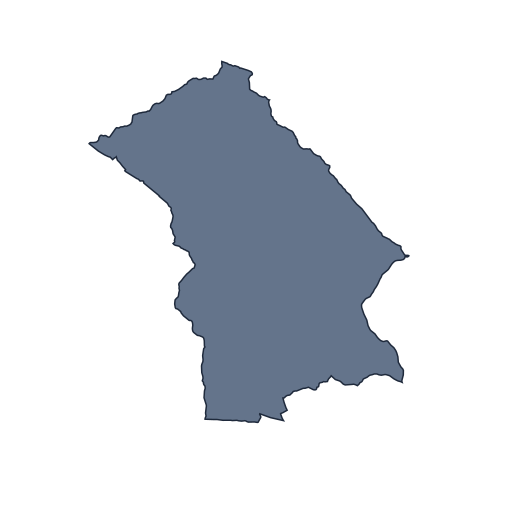 the district of Alunis, Prahova, Romania, rotated 238°
{"feature_id": "2599482B26143633311950", "entity_name": "Alunis", "entity_type": "district", "adm_level": 2, "iso_a3": "ROU", "parent_name": "Romania", "parent_adm1": "Prahova", "projection": "equal_earth", "projection_center": [25.857, 45.207], "detail": "fine", "context": "isolated", "style": "filled", "palette": "slate", "viewbox_px": 512, "rotation_deg": 238, "n_neighbors": 0, "source": "geoboundaries", "source_scale": "gbopen_adm2", "svg_char_len": 6123}
<svg xmlns="http://www.w3.org/2000/svg" viewBox="0 0 512 512"><g transform="rotate(238 256 256)"><path d="M417.4,347.8L423.6,342.6L423.8,341.7L425.4,341.5L428.6,338.9L429.0,337.5L429.8,336.8L431.5,335.9L432.2,335.0L433.5,334.0L434.3,334.0L439.1,330.1L437.3,328.9L435.3,328.1L434.2,327.3L433.5,324.8L431.0,321.4L430.5,319.8L430.3,318.0L430.7,316.1L430.6,315.7L428.9,313.2L430.8,310.5L431.5,308.5L431.9,308.2L433.4,307.8L434.6,306.0L434.8,305.0L434.9,303.1L435.8,301.3L436.4,300.6L438.3,299.8L439.2,297.8L439.8,297.1L440.0,296.5L440.0,291.6L439.6,290.1L438.5,288.4L439.1,286.3L438.6,283.7L438.3,278.6L438.7,274.2L439.8,271.7L438.8,270.8L438.4,269.8L438.6,268.8L439.8,266.9L439.9,265.2L437.7,262.2L436.7,259.1L436.6,255.0L436.9,254.2L438.2,252.5L438.6,250.9L438.5,249.6L438.4,248.5L437.7,247.0L436.0,244.2L435.5,242.0L436.2,241.3L436.4,239.2L438.1,235.5L438.2,234.8L439.1,232.9L439.5,231.3L439.4,230.6L440.3,228.3L440.5,226.6L440.2,225.8L435.3,221.8L434.8,220.6L434.3,219.9L434.2,218.1L434.6,215.2L435.8,213.4L436.1,211.7L437.2,209.6L437.2,207.6L438.7,205.7L438.5,204.6L434.5,195.1L434.8,194.2L435.3,193.6L437.7,192.4L438.3,191.6L438.6,190.4L440.4,188.8L440.6,188.3L440.4,187.1L440.1,186.5L439.4,185.4L437.7,183.9L437.2,181.8L437.2,180.9L438.3,178.4L439.9,175.8L440.0,174.9L439.7,174.0L428.5,177.9L422.0,181.2L418.6,183.4L417.0,184.8L413.7,185.5L414.2,188.0L413.9,189.1L414.2,190.1L410.7,189.2L407.2,190.0L402.8,190.4L398.4,191.2L397.8,189.9L396.6,190.2L384.9,195.9L383.4,197.0L381.0,197.4L380.1,199.2L379.2,200.1L378.9,200.2L377.3,199.5L358.2,205.9L357.9,205.5L347.7,208.8L344.3,208.6L342.6,209.4L341.3,209.4L339.8,208.0L338.4,207.9L336.9,207.4L335.1,207.3L334.1,206.9L333.3,206.5L330.0,203.4L329.0,202.2L328.7,201.4L326.7,199.4L325.3,198.8L324.1,199.1L321.9,198.8L318.8,197.5L314.9,197.5L312.2,194.9L311.7,194.9L311.0,194.5L310.8,194.0L310.6,192.3L309.3,192.5L307.9,193.2L305.2,195.9L304.2,196.4L303.0,196.5L302.4,196.8L301.0,197.8L299.6,198.4L298.5,199.4L297.3,199.8L296.5,200.6L294.6,201.3L292.6,200.2L291.5,199.9L288.1,200.0L286.4,199.6L285.3,199.7L283.6,199.4L282.9,199.9L281.2,199.9L280.7,199.6L278.6,197.2L278.9,195.5L277.8,190.6L277.4,187.7L276.1,183.5L274.7,179.9L273.8,176.6L273.3,175.9L272.5,175.3L270.8,174.7L269.4,173.6L267.4,172.9L265.7,171.1L263.0,168.8L262.6,168.2L262.2,165.9L261.6,164.1L258.4,161.6L255.0,160.2L253.9,160.2L252.6,161.4L248.8,162.7L247.4,162.4L243.7,162.8L237.0,165.1L236.5,165.5L236.3,166.0L235.8,166.6L234.5,167.1L232.9,166.7L230.8,165.7L228.5,163.8L227.0,163.0L225.8,162.6L224.3,162.6L219.8,164.2L218.4,165.8L215.6,167.8L214.5,168.1L213.3,167.9L211.5,167.2L206.9,164.5L205.9,164.5L205.2,162.7L205.0,162.4L199.7,157.9L196.2,156.2L194.6,155.0L192.8,152.6L191.6,151.5L185.8,148.2L182.2,147.2L180.4,146.3L178.6,144.3L176.7,144.5L175.5,143.8L174.5,143.6L172.7,143.8L170.8,142.9L168.9,140.8L163.3,136.8L156.0,134.9L154.9,134.3L149.6,130.0L146.7,128.8L145.4,126.9L144.6,126.3L139.8,133.4L138.0,136.3L134.2,140.9L130.1,147.5L129.0,148.7L126.8,152.7L125.5,153.9L123.6,156.3L122.2,159.3L121.6,159.9L120.3,160.6L119.2,161.5L116.1,166.7L114.1,169.0L113.9,169.7L116.6,174.5L117.5,175.0L119.8,175.2L120.2,175.6L111.3,182.6L101.8,192.1L103.1,192.1L105.0,192.3L109.2,193.2L109.3,193.5L108.9,195.7L108.7,200.7L111.5,201.0L117.2,202.3L121.3,203.6L120.7,204.9L121.2,206.7L121.2,208.6L120.3,210.7L120.2,211.7L120.6,212.9L120.8,214.4L121.4,215.8L120.8,217.6L120.0,218.9L118.8,225.8L117.8,227.6L116.9,230.9L112.2,233.8L111.2,235.0L110.9,236.0L111.2,236.9L112.4,238.1L112.1,239.1L112.1,239.9L114.3,241.9L114.6,242.6L114.4,243.5L113.7,245.4L113.7,246.8L112.7,247.8L111.7,250.1L112.3,250.7L113.4,252.6L114.1,255.4L114.6,256.3L109.2,257.8L105.7,260.7L104.4,261.3L101.1,262.1L99.4,263.3L96.2,269.4L95.6,270.8L94.2,272.1L92.3,273.3L92.8,275.7L93.5,277.0L93.3,278.8L93.6,279.8L94.7,281.6L94.8,282.2L94.3,286.0L94.6,288.4L94.5,289.6L93.8,291.5L93.2,294.0L91.8,296.1L90.1,297.3L88.5,299.1L87.1,302.7L86.1,303.8L83.7,305.9L78.9,307.8L76.9,308.9L74.8,310.2L72.8,312.1L71.4,313.0L72.5,313.3L73.2,313.8L77.1,317.9L80.9,320.4L82.5,320.6L85.2,320.1L90.5,320.4L95.3,322.9L99.2,324.0L101.8,324.4L105.2,324.3L109.1,323.1L114.2,322.5L115.0,321.6L115.7,319.3L116.2,318.4L118.2,316.9L120.6,316.2L122.6,315.8L126.9,315.6L132.0,313.8L133.5,313.7L137.6,314.1L142.9,316.0L149.5,316.7L154.6,317.9L156.5,318.4L158.5,319.5L159.4,320.5L161.4,325.6L161.6,326.8L161.1,331.1L161.5,332.1L162.4,333.7L163.5,336.5L164.9,338.6L166.2,341.7L167.8,344.6L170.9,349.2L171.5,350.6L173.2,352.9L173.4,353.5L174.3,360.3L174.6,361.4L176.8,366.0L177.5,367.8L178.0,370.2L178.0,371.8L177.3,373.7L175.7,376.6L175.0,378.9L175.1,380.1L175.5,381.1L176.5,382.1L175.1,383.6L174.9,384.5L175.1,385.7L176.0,385.3L177.3,383.1L178.5,382.6L184.1,382.5L185.3,382.7L187.2,383.9L188.0,383.7L188.8,383.2L189.7,382.3L192.3,380.6L193.8,380.1L196.0,378.9L199.5,378.0L200.5,377.2L201.2,376.9L205.6,374.0L206.7,373.9L208.5,374.4L209.4,374.3L212.5,373.2L214.7,373.0L218.2,373.3L221.4,373.0L223.1,372.2L240.1,370.8L246.6,368.8L254.3,367.7L257.2,368.2L258.1,368.1L262.7,366.5L265.3,366.7L267.3,365.9L270.7,365.7L273.5,364.7L275.2,364.6L278.3,365.0L279.3,364.5L283.1,364.1L284.4,363.4L286.9,362.6L289.5,362.6L290.5,363.2L291.6,364.7L291.9,365.4L293.4,366.3L294.4,365.8L296.3,364.2L297.4,363.7L298.3,363.5L300.2,363.7L303.6,363.0L305.9,363.2L306.9,362.8L308.3,361.3L309.6,360.5L312.3,359.1L318.1,358.6L318.5,358.1L318.5,357.6L320.0,355.8L321.6,352.9L323.8,351.7L325.4,351.2L329.3,351.1L330.5,351.5L331.8,352.3L333.7,352.6L334.7,352.3L336.3,352.9L337.6,352.6L341.0,353.0L342.7,352.7L346.2,350.4L349.6,349.0L350.3,348.4L350.8,347.2L353.7,345.5L356.5,343.6L356.9,343.6L358.0,344.2L359.1,344.4L360.8,343.6L361.9,343.4L363.6,343.4L365.0,343.9L366.0,343.3L366.8,343.3L368.8,344.0L370.5,345.4L372.0,346.2L373.4,346.6L376.1,346.8L379.7,348.2L381.0,349.5L381.2,350.1L381.9,349.4L383.0,348.7L384.6,348.6L386.6,347.8L386.8,346.3L389.7,343.9L391.0,343.3L393.8,342.7L396.8,340.8L397.6,340.6L399.0,339.5L400.8,339.0L406.6,342.3L410.2,343.4L411.6,346.1L411.9,347.2L411.7,348.4L411.8,348.9L412.5,349.5L413.3,349.7L414.7,349.6L417.4,347.8Z" fill="#64748b" stroke="#1e293b" stroke-width="1.5"/></g></svg>